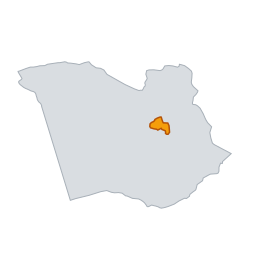 where Oyam sits in Uganda, rotated 73°
{"feature_id": "UGA-3103", "entity_name": "Oyam", "entity_type": "County", "adm_level": 1, "iso_a3": "UGA", "parent_name": "Uganda", "parent_adm1": "", "projection": "mercator", "projection_center": [32.488, 2.331], "detail": "fine", "context": "in_parent", "style": "filled", "palette": "amber", "viewbox_px": 256, "rotation_deg": 73, "n_neighbors": 0, "source": "natural_earth", "source_scale": "10m", "svg_char_len": 2618}
<svg xmlns="http://www.w3.org/2000/svg" viewBox="0 0 256 256"><g transform="rotate(73 128 128)"><path d="M180.3,204.3L176.8,204.3L171.1,204.3L165.4,204.3L159.8,204.3L154.1,204.3L148.4,204.3L142.7,204.3L137.0,204.3L131.3,204.3L125.6,204.3L119.9,204.3L114.2,204.3L108.5,204.3L102.8,204.3L97.1,204.3L91.4,204.3L85.7,204.3L82.3,204.3L81.6,204.2L81.2,204.0L79.0,204.4L76.8,205.8L74.4,206.4L71.9,206.2L71.6,206.3L70.3,206.3L68.5,206.2L66.8,206.6L65.5,207.8L64.2,209.9L61.9,212.3L60.1,214.5L58.5,216.0L54.9,218.5L53.0,219.2L52.0,219.1L51.4,218.7L50.3,215.5L49.6,214.9L42.7,216.6L41.7,216.6L41.8,215.6L41.3,208.1L41.2,203.5L42.1,200.6L42.6,197.2L42.7,194.3L44.0,189.3L43.5,186.3L45.1,175.8L45.6,174.1L46.2,169.0L47.2,167.4L48.1,166.8L49.3,163.7L51.6,158.7L53.1,156.1L52.8,150.5L53.1,146.7L53.4,145.9L56.8,144.5L61.1,140.9L62.9,136.8L65.5,134.1L70.6,132.4L85.5,118.2L92.4,110.5L95.4,106.6L95.5,105.2L96.1,103.3L94.9,101.9L93.4,100.6L92.9,99.4L91.7,98.8L89.9,98.8L88.7,97.9L87.4,96.2L86.1,95.1L81.8,95.2L78.6,93.4L78.6,91.0L79.9,86.3L82.4,80.8L82.5,79.4L82.2,78.1L81.6,77.0L80.5,75.9L79.4,74.6L80.2,70.7L81.8,66.9L83.0,65.0L84.3,62.8L83.9,61.1L82.1,60.2L83.1,58.5L85.0,55.6L88.8,52.7L92.2,50.7L94.4,50.7L98.7,52.3L102.7,54.1L104.8,54.2L107.5,53.4L112.9,50.2L114.2,51.2L115.8,53.2L117.5,56.4L120.9,57.9L122.5,58.9L123.7,59.3L124.4,59.0L125.6,56.4L127.2,55.0L130.1,53.3L136.5,51.9L141.0,51.4L143.0,51.1L146.2,50.3L151.3,47.7L156.3,51.1L161.8,51.7L167.1,51.7L168.7,50.7L169.6,49.9L175.2,44.3L182.7,36.8L187.7,47.4L189.4,48.0L189.2,48.9L188.7,49.8L192.0,52.4L196.0,53.7L197.5,55.1L197.6,56.5L196.2,62.7L196.5,64.5L197.8,70.7L200.2,72.1L202.3,78.4L206.6,81.0L207.2,81.8L208.2,84.8L209.5,88.1L210.6,88.9L211.2,89.1L212.5,92.6L211.7,94.6L212.7,100.6L214.3,106.0L214.8,112.4L214.8,115.3L214.7,117.0L214.4,119.5L213.6,120.9L212.2,122.2L210.7,124.4L209.4,126.7L208.6,127.9L209.2,131.3L209.0,132.2L208.7,132.7L206.7,133.2L204.3,134.1L202.7,135.1L200.6,136.8L198.9,138.7L196.6,144.3L192.8,148.7L192.2,150.1L188.6,152.7L187.0,155.9L186.0,159.9L184.6,162.7L181.6,166.6L180.9,172.7L181.0,184.9L180.2,198.8L180.3,204.3Z" fill="#d9dde1" stroke="#a8b0b8" stroke-width="1"/><path d="M145.7,91.5L145.3,92.8L144.2,93.7L142.8,93.2L141.5,93.2L139.3,96.0L138.0,96.4L138.7,100.1L137.9,100.7L137.3,101.4L137.0,102.2L136.4,103.4L134.4,106.4L132.9,106.7L130.5,105.7L130.2,105.0L129.8,104.5L129.6,104.0L129.3,101.7L128.7,100.6L128.2,100.0L127.7,99.8L127.1,97.2L126.9,94.6L127.1,93.2L128.3,93.0L129.6,93.1L131.0,93.0L132.1,93.0L133.4,92.7L134.9,88.5L137.7,88.1L140.6,88.7L144.2,89.5L145.7,91.5Z" fill="#f59e0b" stroke="#b45309" stroke-width="1.5"/></g></svg>